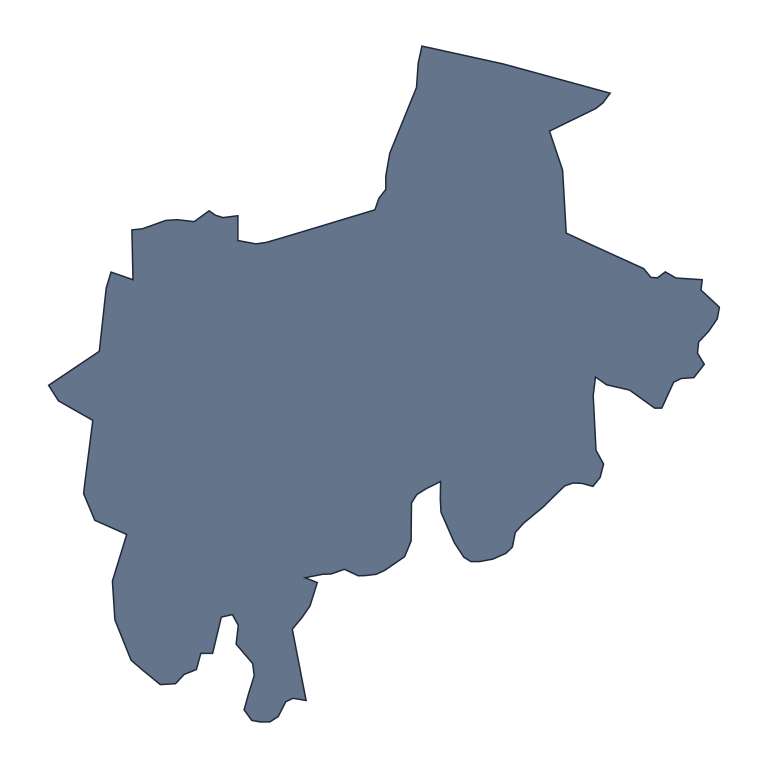 the district of Alexandria, Rio Grande do Norte, Brazil
{"feature_id": "56859067B36887412896475", "entity_name": "Alexandria", "entity_type": "district", "adm_level": 2, "iso_a3": "BRA", "parent_name": "Brazil", "parent_adm1": "Rio Grande do Norte", "projection": "equal_earth", "projection_center": [-37.977, -6.367], "detail": "fine", "context": "isolated", "style": "filled", "palette": "slate", "viewbox_px": 768, "rotation_deg": 0, "n_neighbors": 0, "source": "geoboundaries", "source_scale": "gbopen_adm2", "svg_char_len": 1655}
<svg xmlns="http://www.w3.org/2000/svg" viewBox="0 0 768 768"><path d="M610.1,93.2L503.8,64.1L421.9,46.1L418.2,63.1L416.5,87.5L389.8,153.1L385.8,176.0L385.8,189.4L378.9,198.3L374.9,209.8L357.4,215.1L293.8,234.3L266.4,242.4L255.9,243.9L237.9,240.5L237.9,215.7L223.1,217.6L215.5,215.3L209.1,210.8L194.2,221.6L177.3,219.7L165.8,220.4L142.3,228.8L131.9,229.9L133.0,279.7L111.0,272.1L106.2,288.2L99.3,351.3L48.6,385.3L58.5,400.9L92.8,420.4L85.2,480.0L83.6,493.6L94.8,520.3L126.7,534.5L112.4,581.1L114.9,619.9L131.1,660.2L142.6,670.1L160.3,684.6L175.5,683.7L184.2,674.4L196.4,669.5L200.8,653.4L212.6,653.4L218.1,630.5L221.3,617.1L232.4,614.6L238.3,625.4L236.1,644.1L252.7,663.6L254.2,675.7L248.7,693.3L244.1,709.8L251.7,720.4L259.8,721.9L269.9,721.9L278.2,716.6L285.8,701.7L293.1,698.3L306.1,700.5L292.3,629.2L302.1,617.4L310.0,605.9L317.3,582.6L305.1,577.7L322.6,574.3L331.4,573.9L344.3,569.3L358.3,575.8L365.0,575.6L376.1,574.3L384.8,570.3L404.6,556.7L411.1,541.1L411.5,502.9L416.8,494.6L426.2,488.7L440.6,481.5L440.3,498.9L441.0,512.2L454.3,542.7L463.8,557.2L470.9,561.6L479.6,561.6L492.9,559.1L505.9,553.3L512.4,547.0L515.3,532.4L523.6,523.2L543.5,506.7L552.2,498.0L564.7,485.9L573.1,483.0L582.1,483.4L592.9,486.4L600.1,477.5L603.6,464.1L596.0,450.3L593.2,395.4L595.5,377.0L606.6,384.8L629.6,390.1L654.6,408.1L661.8,408.1L673.6,382.3L681.2,378.5L693.9,377.6L704.3,364.3L697.5,353.2L698.6,342.0L708.6,331.4L717.3,318.7L719.4,307.2L701.0,290.1L702.2,279.7L675.9,278.0L665.3,271.9L657.5,277.8L650.9,277.4L643.8,268.7L593.5,245.8L566.2,233.1L562.6,170.1L549.5,131.1L596.0,108.4L602.9,102.9L610.1,93.2Z" fill="#64748b" stroke="#1e293b" stroke-width="1.5"/></svg>